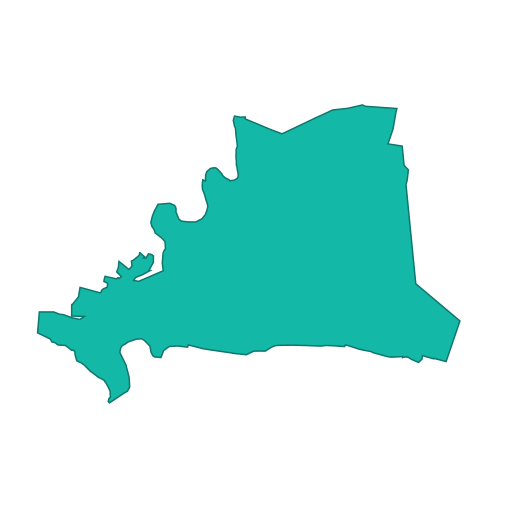 outline of San Juan Bautista Lo de Soto, Guerrero, Mexico, rotated 96°
{"feature_id": "50627088B39502815405022", "entity_name": "San Juan Bautista Lo de Soto", "entity_type": "district", "adm_level": 2, "iso_a3": "MEX", "parent_name": "Mexico", "parent_adm1": "Guerrero", "projection": "orthographic", "projection_center": [-98.336, 16.509], "detail": "fine", "context": "isolated", "style": "filled", "palette": "teal", "viewbox_px": 512, "rotation_deg": 96, "n_neighbors": 0, "source": "geoboundaries", "source_scale": "gbopen_adm2", "svg_char_len": 3616}
<svg xmlns="http://www.w3.org/2000/svg" viewBox="0 0 512 512"><g transform="rotate(96 256 256)"><path d="M94.6,131.3L95.7,163.3L95.3,164.1L94.6,165.8L99.4,179.7L102.8,195.1L112.9,212.0L131.2,241.9L131.7,243.3L128.8,254.3L128.6,255.0L121.5,278.7L120.8,281.1L118.9,281.1L118.9,282.1L119.6,286.0L119.1,292.0L122.2,292.5L123.4,292.8L129.5,290.8L130.7,289.9L136.4,288.8L136.8,288.8L142.1,287.5L148.6,286.0L152.0,286.9L159.2,286.3L161.7,285.9L163.9,285.4L167.8,285.0L169.2,284.2L171.9,283.7L174.8,282.7L175.5,282.5L178.8,282.0L180.9,282.9L182.9,285.7L183.3,287.4L183.7,289.5L184.0,290.0L183.0,290.7L181.5,294.7L179.7,297.3L177.6,298.8L174.3,302.5L172.6,305.0L172.7,307.5L173.8,310.6L177.2,313.7L180.7,314.6L186.3,314.1L186.7,314.2L185.8,316.9L191.1,316.9L195.2,316.2L199.7,313.9L204.8,311.8L205.0,311.8L209.1,309.9L212.1,309.1L216.8,309.8L218.2,310.3L219.6,310.4L223.9,313.2L224.4,313.3L228.4,319.4L228.8,323.0L229.2,327.4L229.1,333.9L227.2,336.7L220.3,340.3L217.6,340.4L215.7,341.1L214.1,342.4L212.6,347.3L214.8,358.8L221.4,361.6L227.0,363.2L233.7,364.1L237.5,362.6L240.3,360.2L243.6,358.7L248.0,351.6L251.2,348.0L258.3,346.8L259.4,347.6L262.6,348.7L272.7,348.5L280.4,346.7L293.5,370.1L293.1,375.1L289.9,373.4L286.4,366.8L281.5,359.7L281.5,361.0L273.1,357.4L266.7,358.0L265.5,359.8L265.2,361.6L265.1,363.2L269.8,365.3L269.6,367.7L268.4,366.7L268.2,367.1L264.9,371.7L265.0,372.1L265.7,372.0L267.6,372.3L272.9,377.4L273.1,377.8L274.1,379.4L277.9,378.5L278.7,378.3L280.4,379.2L282.6,381.1L275.7,391.7L282.2,391.7L286.4,392.9L290.5,387.8L290.7,388.1L291.0,388.0L291.7,388.9L292.0,389.2L292.6,390.0L291.9,390.8L292.0,391.1L293.3,392.5L292.0,404.0L295.1,404.5L297.2,404.6L298.7,400.6L302.8,400.8L302.9,401.0L303.4,402.2L304.4,404.1L306.3,406.0L308.2,406.2L308.9,407.3L305.6,427.7L315.2,428.3L323.1,433.4L323.5,434.1L323.9,434.2L335.0,433.1L334.0,420.3L337.5,424.6L336.6,433.0L334.5,441.0L334.4,445.3L332.8,451.3L334.3,465.6L355.3,465.2L360.1,451.8L362.8,450.0L363.2,446.8L365.2,443.6L364.9,436.3L365.0,436.3L365.1,435.9L367.3,432.2L368.4,430.7L368.9,429.6L369.0,429.4L368.7,428.0L368.7,427.6L370.3,426.1L372.8,425.7L378.5,423.5L379.2,422.9L380.3,419.3L381.8,416.4L382.4,415.4L385.9,411.2L388.0,408.6L388.2,408.3L391.0,403.5L391.2,403.1L392.4,401.2L393.0,400.3L393.9,397.8L395.8,393.5L396.5,393.5L397.8,392.1L401.2,389.7L405.3,387.2L406.4,386.8L407.3,386.7L408.5,386.6L409.3,386.5L411.5,386.0L412.4,386.8L413.2,387.4L416.3,387.7L416.9,386.9L417.4,386.4L405.6,372.2L404.0,369.7L399.5,367.9L389.9,369.5L377.9,374.0L366.0,381.4L361.4,380.9L359.1,379.6L357.0,376.5L354.8,374.1L351.2,366.3L350.3,361.0L351.6,358.2L356.8,352.0L362.5,350.4L366.1,348.1L367.0,346.2L366.9,339.9L359.7,338.0L355.1,332.9L354.9,331.9L353.7,324.4L353.8,314.5L351.5,314.1L353.7,299.1L354.1,292.1L354.4,284.8L355.0,269.4L355.2,268.9L355.2,255.3L350.8,248.1L350.2,242.8L349.9,240.5L349.9,239.7L349.6,236.8L344.8,230.7L344.1,229.3L342.9,226.6L342.4,223.5L340.7,208.8L339.9,197.9L339.8,197.6L339.3,188.8L338.9,183.2L338.7,181.3L338.4,180.1L337.8,177.9L337.4,173.6L337.1,167.2L336.8,158.4L335.4,158.1L335.1,157.0L337.2,146.8L337.8,144.2L338.3,140.3L338.6,136.9L338.9,132.9L339.1,131.4L339.9,129.4L340.2,127.5L340.6,125.1L341.4,120.5L341.9,117.4L342.3,114.8L342.5,112.1L342.4,110.3L340.8,100.1L340.7,99.7L341.7,99.6L340.7,96.9L340.9,93.8L342.5,90.7L344.5,84.3L344.8,83.2L341.4,80.2L337.7,80.0L339.7,68.5L339.2,68.3L341.1,55.9L299.3,46.4L266.9,94.2L243.2,99.1L191.7,109.7L169.3,114.3L165.2,113.6L158.3,113.5L154.4,113.5L150.4,118.2L131.4,122.1L130.7,136.5L115.5,133.0L107.9,132.5L96.8,131.7L94.6,131.3Z" fill="#14b8a6" stroke="#0f766e" stroke-width="1.5"/></g></svg>